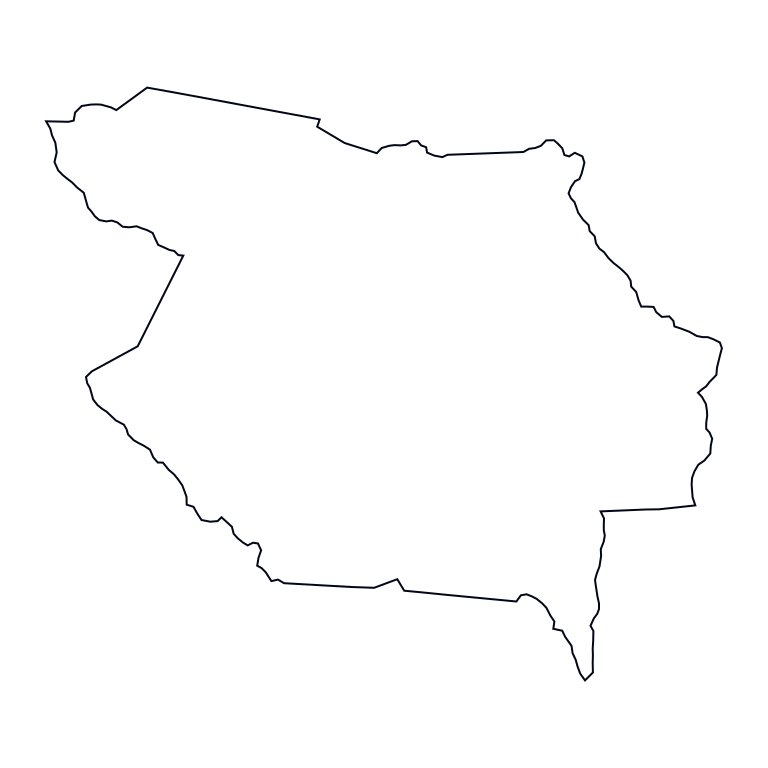 outline of Baixa Grande, Bahia, Brazil
{"feature_id": "56859067B21478316481218", "entity_name": "Baixa Grande", "entity_type": "district", "adm_level": 2, "iso_a3": "BRA", "parent_name": "Brazil", "parent_adm1": "Bahia", "projection": "mercator", "projection_center": [-40.14, -11.982], "detail": "fine", "context": "isolated", "style": "outline", "palette": "ink", "viewbox_px": 768, "rotation_deg": 0, "n_neighbors": 0, "source": "geoboundaries", "source_scale": "gbopen_adm2", "svg_char_len": 3046}
<svg xmlns="http://www.w3.org/2000/svg" viewBox="0 0 768 768"><path d="M582.4,156.4L574.8,152.8L569.1,156.4L564.4,155.0L562.3,148.3L557.6,143.4L553.9,140.2L546.2,140.4L540.9,145.8L535.2,148.0L529.1,148.8L523.4,152.0L447.4,154.8L442.4,157.1L434.3,155.6L427.1,152.6L426.1,147.2L421.1,145.4L417.6,141.1L411.9,141.3L406.0,144.8L400.8,145.4L394.5,145.1L389.1,145.8L381.7,148.0L376.8,153.2L344.6,143.0L317.2,126.7L319.7,119.4L177.7,93.1L147.1,87.6L116.3,110.1L110.8,107.3L106.0,106.0L101.0,104.6L96.2,104.4L90.6,104.6L81.7,106.0L75.1,112.5L73.7,120.6L68.5,121.8L59.8,121.6L46.1,121.3L50.3,128.6L52.1,135.6L55.3,142.6L56.7,152.3L54.5,162.1L58.2,170.4L62.7,175.0L66.9,178.5L72.2,182.5L77.2,187.6L83.8,192.8L86.0,200.7L88.0,207.6L91.4,211.5L94.9,216.3L99.3,220.1L106.4,221.4L111.8,220.6L117.3,222.4L122.6,226.7L129.2,227.3L136.6,226.3L141.9,228.4L146.9,230.0L152.7,233.0L155.3,238.9L158.2,244.9L164.8,247.8L169.6,250.0L174.3,251.0L178.3,255.1L183.3,255.6L137.7,346.3L91.9,371.3L86.0,377.0L87.2,383.2L89.9,387.8L91.4,393.0L93.1,399.4L97.5,405.1L102.2,408.9L106.5,411.6L110.2,415.1L115.8,420.4L123.9,424.7L126.5,429.1L128.1,434.5L133.7,440.2L138.1,442.8L144.0,445.8L150.0,449.7L153.2,457.2L157.7,462.5L162.9,462.6L168.8,469.9L174.1,474.4L177.8,479.0L182.2,485.2L184.3,490.7L186.5,496.8L186.7,504.7L193.5,506.8L197.4,513.8L201.5,520.0L210.2,521.7L217.6,521.1L221.5,517.3L226.6,521.9L231.9,526.8L233.7,533.8L237.9,538.4L242.9,542.5L247.7,545.4L253.0,542.7L258.0,543.5L261.1,550.3L258.5,557.9L257.2,565.7L261.6,568.1L265.8,572.4L271.4,581.1L278.0,579.6L284.1,583.2L351.4,587.0L374.1,587.8L397.3,579.2L404.2,590.7L422.2,592.4L446.1,594.8L516.4,601.5L520.9,595.3L526.6,594.3L531.9,596.4L536.7,598.9L542.0,603.2L546.4,607.8L550.4,615.6L554.4,621.5L553.3,628.8L562.2,630.7L565.2,636.9L568.3,641.3L571.5,645.8L572.6,653.2L575.7,659.8L577.6,666.6L580.2,673.6L585.0,680.4L592.9,672.5L592.7,662.8L592.9,655.3L592.7,648.8L593.2,640.6L593.4,631.0L590.5,625.8L593.9,618.3L597.2,613.9L599.0,609.1L599.0,603.4L597.4,596.2L596.0,587.0L595.0,580.0L596.7,573.8L599.5,566.4L601.1,556.0L600.8,549.1L603.7,541.7L604.8,535.5L603.8,530.3L603.8,524.6L604.0,518.4L600.6,511.4L645.6,509.5L659.1,509.3L695.3,505.4L692.6,497.3L692.1,490.7L691.6,484.4L692.1,477.7L694.5,471.2L698.3,464.7L704.3,460.6L710.3,453.5L710.8,445.6L712.2,438.8L709.6,432.6L706.2,428.8L706.2,422.9L707.2,415.8L706.9,410.5L705.9,404.0L702.0,397.0L698.0,392.7L701.7,389.6L706.2,386.3L709.6,381.9L716.4,374.9L717.0,367.6L719.9,355.8L721.9,348.2L719.9,342.5L713.5,339.3L707.7,337.1L702.7,337.1L696.8,336.0L689.2,331.7L680.8,328.5L674.4,326.4L673.4,320.9L669.2,316.4L661.8,316.9L656.2,312.1L653.6,306.9L647.3,306.6L641.2,306.6L638.6,300.4L636.2,292.0L631.2,286.6L630.6,280.7L627.4,275.3L623.7,271.5L619.5,267.7L613.4,262.9L608.5,258.1L604.0,252.1L599.4,248.6L596.0,243.4L594.7,236.3L589.7,231.1L588.6,225.1L582.9,219.5L578.1,212.5L576.2,206.9L574.5,202.2L570.8,198.1L568.6,193.3L571.0,187.1L575.0,181.2L579.4,179.1L581.5,173.9L582.9,168.8L584.4,162.6L582.4,156.4Z" fill="none" stroke="#020617" stroke-width="2"/></svg>